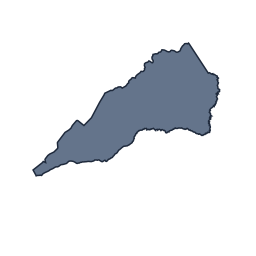 outline of Riachão das Neves, Bahia, Brazil, rotated 327°
{"feature_id": "56859067B88902373095284", "entity_name": "Riachão das Neves", "entity_type": "district", "adm_level": 2, "iso_a3": "BRA", "parent_name": "Brazil", "parent_adm1": "Bahia", "projection": "orthographic", "projection_center": [-45.234, -11.676], "detail": "fine", "context": "isolated", "style": "filled", "palette": "slate", "viewbox_px": 256, "rotation_deg": 327, "n_neighbors": 0, "source": "geoboundaries", "source_scale": "gbopen_adm2", "svg_char_len": 5950}
<svg xmlns="http://www.w3.org/2000/svg" viewBox="0 0 256 256"><g transform="rotate(327 128 128)"><path d="M29.4,120.6L30.0,120.7L30.6,120.4L31.4,120.1L33.1,120.1L34.3,120.2L37.4,120.7L39.1,120.8L40.0,120.6L42.6,121.1L45.8,121.2L46.4,121.3L47.8,122.2L48.6,122.4L49.7,122.4L51.5,122.2L53.0,122.8L53.4,123.1L56.9,124.2L57.5,124.2L59.5,123.8L60.3,123.7L60.9,123.9L62.3,124.7L64.0,126.3L65.1,128.2L65.5,129.4L65.9,129.9L66.4,130.2L67.1,130.3L68.2,130.9L69.4,130.9L70.4,131.5L71.3,131.6L71.8,131.9L72.3,132.3L72.8,132.6L73.6,132.8L74.1,133.3L76.4,134.3L78.9,136.2L81.5,137.0L82.5,136.7L83.7,137.4L84.4,137.9L84.8,138.4L85.9,138.7L86.4,139.1L86.7,140.0L87.1,140.6L87.3,141.4L87.7,141.9L88.2,142.3L88.8,142.4L89.3,142.3L90.2,142.4L90.6,142.3L91.2,142.6L91.3,143.9L91.6,144.2L92.1,144.3L93.3,144.1L94.4,143.6L95.7,144.0L97.0,144.0L97.4,143.8L97.8,144.0L98.3,144.1L99.0,144.1L100.2,143.6L101.0,143.5L103.1,142.7L104.2,142.9L105.4,142.8L108.0,141.6L108.5,141.5L109.0,141.6L109.7,141.5L112.3,141.1L114.3,141.0L114.8,141.1L115.2,141.4L117.8,142.6L119.1,142.6L120.1,142.8L121.3,142.6L122.1,142.6L122.5,142.6L123.6,142.5L124.0,142.1L124.4,141.8L124.8,141.9L125.4,141.7L125.8,141.4L126.8,140.5L127.5,140.2L127.5,139.8L128.4,138.7L129.2,138.6L129.7,138.1L130.2,138.0L130.7,137.8L131.0,137.4L131.4,137.1L131.9,137.1L132.4,137.3L133.0,136.5L133.6,136.6L135.7,136.1L136.1,136.5L136.6,136.4L137.1,136.5L137.8,137.0L138.9,137.5L139.8,137.2L140.3,137.4L140.6,137.8L141.6,137.4L142.4,138.2L142.8,138.2L143.2,138.4L143.2,138.9L143.1,139.5L142.8,139.8L143.7,140.1L144.2,140.1L144.5,140.7L145.1,140.8L145.3,141.4L146.1,141.5L146.8,141.3L147.3,141.9L147.7,141.7L148.1,141.9L149.1,142.1L149.3,142.7L149.3,143.5L149.6,143.9L149.6,144.4L149.8,145.0L150.1,144.6L150.5,144.8L151.7,145.0L151.7,146.0L152.3,145.9L153.5,146.0L154.1,147.0L154.2,148.1L154.8,148.0L155.1,147.7L155.9,148.0L156.6,149.6L157.1,149.7L157.4,150.3L157.4,151.4L157.1,152.3L157.4,152.9L158.0,153.2L158.6,153.0L159.3,153.0L160.3,153.6L160.5,153.2L161.1,153.0L162.2,153.3L163.0,153.3L163.4,153.7L164.8,153.7L165.3,153.5L165.7,153.9L166.2,153.8L166.7,153.6L167.1,154.0L167.7,153.8L168.1,154.5L168.6,154.9L169.5,155.4L170.2,155.4L170.9,155.9L171.3,156.1L172.4,157.0L173.0,157.1L173.8,158.7L174.1,159.1L174.7,159.4L175.0,160.1L175.6,160.2L175.8,160.6L176.3,160.6L176.9,160.4L177.3,160.5L177.7,160.9L177.8,161.9L178.0,162.3L178.0,162.9L178.5,163.4L179.0,163.5L179.0,164.1L179.3,164.6L179.8,164.9L180.0,165.4L180.4,165.8L180.6,166.9L181.0,167.2L181.7,167.9L182.0,168.5L182.0,169.3L182.7,170.3L183.6,171.0L183.7,171.6L184.2,171.9L184.7,171.8L185.0,172.3L185.8,174.4L186.4,174.6L186.8,175.0L187.6,174.7L187.9,174.9L188.5,174.9L189.0,175.3L189.4,175.1L189.9,175.2L190.1,174.9L190.3,175.3L190.8,175.4L191.2,175.2L191.7,175.4L192.3,174.9L192.8,175.2L193.2,175.8L194.0,176.1L194.7,175.1L194.9,174.6L195.4,175.0L195.7,174.7L195.4,174.2L196.0,174.0L196.3,173.2L196.5,172.8L196.9,172.5L197.3,172.4L197.7,171.8L198.0,171.1L197.9,170.6L197.6,170.3L198.0,170.1L198.4,169.9L198.4,169.4L198.6,169.0L198.1,168.6L198.2,167.9L198.8,168.0L199.1,167.5L199.1,167.0L199.7,167.1L199.6,166.6L199.2,166.3L199.5,165.9L200.5,165.6L201.6,165.6L201.5,164.8L201.9,164.8L202.3,165.0L202.2,163.8L202.9,163.8L203.4,164.0L203.5,163.6L203.2,163.1L203.7,162.9L204.6,163.3L204.2,162.3L204.4,161.8L204.8,161.4L205.0,160.9L204.8,160.4L205.1,159.8L204.8,159.0L205.4,158.8L205.9,158.4L206.6,158.1L206.3,157.4L208.0,156.7L209.0,156.6L209.4,156.7L210.4,156.5L211.4,156.5L211.8,156.0L212.1,156.7L212.4,156.2L213.5,155.7L213.6,156.1L214.0,156.0L214.3,155.5L214.8,155.1L215.4,155.1L215.8,154.6L215.9,154.1L216.2,153.7L217.3,153.6L217.6,153.0L218.1,152.6L218.9,152.4L218.9,152.0L219.1,151.5L219.1,150.3L219.3,149.8L220.1,149.5L221.3,148.8L221.4,148.4L220.7,147.8L220.5,147.4L221.0,147.1L221.6,147.4L222.4,148.3L222.5,147.5L222.7,146.9L223.2,146.8L223.8,147.2L224.5,147.3L224.9,147.0L225.0,146.4L225.7,145.9L225.7,145.4L225.1,144.5L224.9,143.9L225.5,142.9L225.8,142.3L226.0,141.4L226.2,140.8L226.8,140.6L227.2,140.3L227.4,139.9L228.0,139.7L228.5,139.3L228.4,138.1L229.3,136.9L228.9,136.6L228.9,136.0L231.0,135.4L230.9,134.9L230.5,134.4L230.3,134.0L230.9,133.6L231.1,132.9L230.3,131.9L229.7,130.2L229.2,129.7L228.6,129.7L228.4,129.3L228.7,128.6L228.2,128.4L227.5,128.3L227.2,127.8L227.0,127.1L226.3,125.9L225.2,125.7L225.1,90.6L225.0,89.8L224.4,90.0L223.9,89.9L223.8,89.5L223.4,89.3L222.8,88.9L222.0,88.4L221.4,88.2L219.5,88.8L218.4,88.9L216.4,89.8L215.1,90.5L214.7,91.0L214.2,91.3L213.3,91.7L210.9,91.4L210.1,91.0L209.6,90.2L209.2,89.2L208.8,88.4L207.1,86.7L206.6,86.4L206.0,86.4L205.6,86.5L205.1,86.8L204.6,86.8L203.5,86.3L202.6,85.2L202.2,84.8L202.0,84.1L201.0,82.5L199.5,81.2L198.8,80.9L198.3,81.4L196.8,82.0L196.3,81.8L195.2,81.3L194.5,81.4L193.8,81.8L193.3,81.8L192.9,81.5L192.1,81.3L191.6,80.8L190.2,80.3L189.6,80.3L189.2,79.9L188.8,80.1L188.5,80.5L187.6,81.3L186.8,81.5L186.3,82.3L185.8,83.3L185.8,85.3L185.5,85.8L184.4,86.6L183.8,86.5L183.4,85.9L182.7,84.1L182.1,83.1L181.5,83.4L180.2,83.5L178.8,83.0L177.5,83.0L176.9,83.1L176.3,83.9L175.8,84.4L175.6,85.0L175.4,86.5L175.0,86.8L174.4,86.9L174.1,87.2L174.0,87.6L173.7,88.1L172.8,88.6L171.6,88.8L171.0,88.6L169.8,87.6L168.2,88.2L165.4,88.3L164.5,88.4L163.2,88.7L162.2,89.3L161.8,89.6L161.4,90.1L159.5,88.4L158.9,88.2L158.3,88.2L156.9,88.8L155.4,88.8L154.3,89.1L153.9,89.4L153.4,90.2L153.0,90.6L151.8,90.5L151.4,90.8L149.8,91.4L149.4,91.4L148.8,91.7L147.6,91.5L144.9,91.4L144.3,89.5L142.0,88.2L141.6,88.4L140.3,88.3L139.6,87.8L138.6,87.7L136.6,88.0L135.5,88.0L134.9,87.9L134.3,87.1L127.5,86.2L126.0,87.2L118.2,91.0L102.9,99.5L92.4,101.9L90.0,94.6L89.5,94.0L88.8,93.8L82.7,95.6L80.0,97.1L77.2,97.5L72.8,97.4L61.2,101.6L60.7,102.0L58.6,106.0L58.2,106.5L57.7,106.8L52.7,107.8L48.2,107.2L45.8,107.4L41.9,108.8L41.4,109.1L41.1,109.4L40.1,112.1L38.7,109.9L37.4,110.4L25.5,111.5L25.1,117.1L24.9,118.1L26.1,118.4L27.9,119.5L28.4,119.6L28.8,119.8L29.4,120.6Z" fill="#64748b" stroke="#1e293b" stroke-width="1.5"/></g></svg>